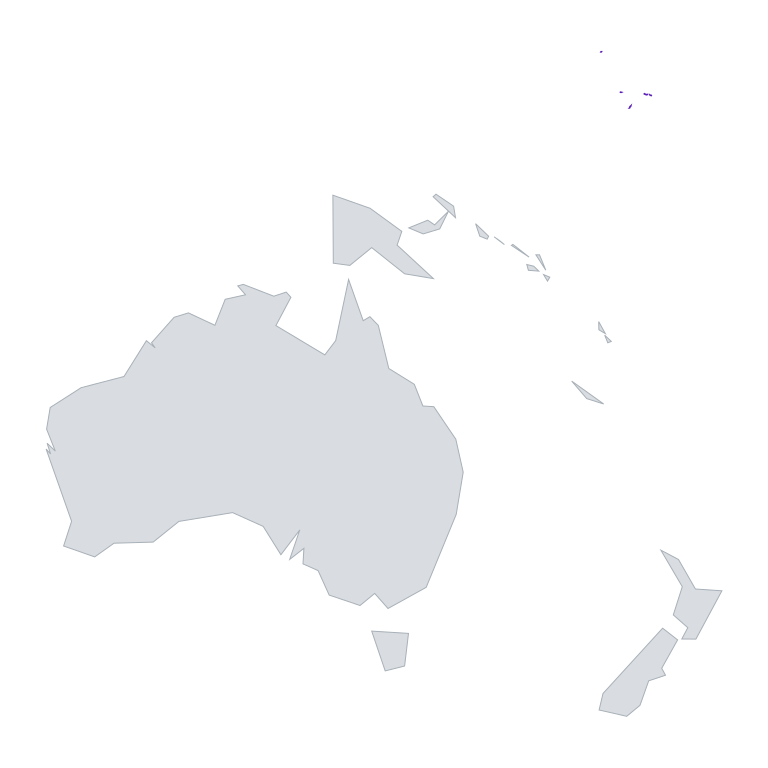 Oceania, with Marshall Islands highlighted
{"feature_id": "MHL", "entity_name": "Marshall Islands", "entity_type": "country or territory", "adm_level": 0, "iso_a3": "MHL", "parent_name": "Oceania", "parent_adm1": "", "projection": "mercator", "projection_center": [169.926, 8.484], "detail": "fine", "context": "in_parent", "style": "filled", "palette": "violet", "viewbox_px": 768, "rotation_deg": 0, "n_neighbors": 6, "source": "natural_earth", "source_scale": "50m", "svg_char_len": 2705}
<svg xmlns="http://www.w3.org/2000/svg" viewBox="0 0 768 768"><path d="M332.9,195.2L370.1,208.3L401.8,231.4L397.1,245.1L433.4,278.6L404.6,273.8L371.7,247.6L349.8,265.4L333.3,263.2L332.9,195.2ZM453.6,206.2L455.5,217.7L433.1,196.7L436.0,194.2L453.6,206.2ZM439.7,228.9L423.2,233.9L408.8,227.9L427.7,220.2L434.6,224.9L448.4,211.3L439.7,228.9ZM475.6,223.7L488.6,236.2L487.2,239.1L479.8,236.2L475.6,223.7Z" fill="#d9dde1" stroke="#a8b0b8" stroke-width="1"/><path d="M604.7,335.2L611.3,341.4L607.8,342.8L604.7,335.2ZM605.3,333.6L598.9,329.8L598.7,321.6L605.3,333.6Z" fill="#d9dde1" stroke="#a8b0b8" stroke-width="1"/><path d="M571.7,381.1L603.7,404.0L586.7,398.6L571.7,381.1Z" fill="#d9dde1" stroke="#a8b0b8" stroke-width="1"/><path d="M549.8,277.2L547.5,281.1L543.6,274.6L549.8,277.2ZM539.5,254.8L545.8,270.2L535.9,254.8L539.5,254.8ZM538.8,271.1L528.4,270.3L526.8,264.5L533.7,266.2L538.8,271.1ZM512.9,244.4L529.1,257.1L511.4,245.4L512.9,244.4ZM500.3,241.2L504.4,244.6L494.1,236.8L500.3,241.2Z" fill="#d9dde1" stroke="#a8b0b8" stroke-width="1"/><path d="M721.9,590.8L695.9,639.1L681.8,639.0L687.8,627.7L673.3,614.9L682.3,586.7L660.9,550.2L678.5,559.5L695.4,589.0L721.9,590.8ZM603.0,693.5L662.6,628.2L677.6,639.9L661.7,668.3L665.5,675.2L648.7,680.8L640.0,705.3L626.7,716.3L599.1,710.0L603.0,693.5Z" fill="#d9dde1" stroke="#a8b0b8" stroke-width="1"/><path d="M371.7,631.1L408.5,633.4L404.6,666.0L385.2,670.9L371.7,631.1ZM178.9,521.4L153.1,542.1L114.0,543.2L94.7,556.9L63.6,546.0L71.6,521.3L46.1,449.0L50.6,454.0L47.1,443.2L55.3,451.1L46.6,429.1L50.2,407.5L81.1,387.7L124.0,376.5L146.4,340.7L155.2,347.9L151.5,342.8L174.1,317.3L188.4,312.9L214.9,325.3L225.2,299.3L245.5,294.8L237.8,285.9L243.3,284.4L273.8,296.2L286.2,292.1L290.9,297.3L275.9,325.6L324.8,354.9L335.7,340.6L348.6,279.5L363.2,320.7L369.9,316.7L378.3,325.4L388.8,368.5L414.3,384.3L422.9,406.0L433.8,406.7L455.8,439.2L463.2,472.2L456.2,514.4L426.2,587.3L388.0,608.5L374.7,593.4L360.0,605.5L329.2,595.1L318.1,570.6L303.0,563.9L303.9,548.3L289.7,559.4L299.8,529.9L280.9,554.7L263.2,526.4L232.6,512.6L178.9,521.4Z" fill="#d9dde1" stroke="#a8b0b8" stroke-width="1"/><path d="M645.0,94.0L646.3,94.6L648.1,94.3L647.8,94.5L647.1,94.6L646.7,94.8L646.4,94.8L646.1,94.7L645.0,94.3L644.3,93.9L644.5,93.7L645.0,94.0ZM629.8,107.7L629.6,108.0L629.4,108.0L629.6,107.8L629.7,107.4L630.0,106.5L630.5,106.2L630.9,105.8L630.8,106.2L630.2,106.6L629.8,107.7ZM650.0,95.0L650.3,95.2L651.1,95.2L651.8,95.8L651.5,95.7L651.2,95.5L650.8,95.4L650.3,95.4L650.1,95.3L650.0,95.0ZM621.5,92.3L621.3,92.4L620.3,92.3L619.9,92.1L620.7,92.1L621.5,92.3ZM601.4,51.9L601.1,51.9L600.9,51.9L601.0,51.7L601.3,51.7L601.5,51.7L601.4,51.9Z" fill="#8b5cf6" stroke="#5b21b6" stroke-width="1.5"/></svg>